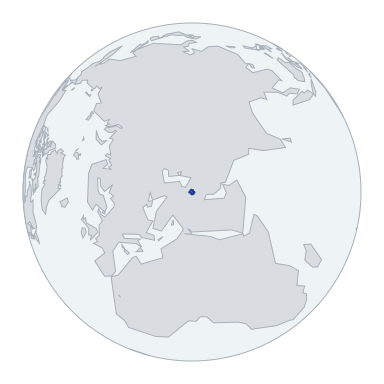 the Earth from above Hamadan, rotated 296°
{"feature_id": "IRN-3233", "entity_name": "Hamadan", "entity_type": "Province", "adm_level": 1, "iso_a3": "IRN", "parent_name": "Iran", "parent_adm1": "", "projection": "orthographic", "projection_center": [48.6, 34.872], "detail": "fine", "context": "on_globe", "style": "filled", "palette": "blue", "viewbox_px": 384, "rotation_deg": 296, "n_neighbors": 0, "source": "natural_earth", "source_scale": "10m", "svg_char_len": 11467}
<svg xmlns="http://www.w3.org/2000/svg" viewBox="0 0 384 384"><g transform="rotate(296 192 192)"><circle cx="192" cy="192" r="169" fill="#eef3f6" stroke="#a8b0b8"/><path d="M191.4,23.0L196.2,23.3L214.3,25.6L222.1,26.5L218.7,26.6L234.9,29.0L246.1,32.3L232.2,28.6L229.7,28.3L236.7,30.3L235.7,30.6L238.4,31.9L236.6,32.2L228.6,30.4L227.3,30.7L232.3,32.2L233.6,33.8L226.5,31.5L228.1,34.1L215.0,32.7L197.4,28.0L188.8,29.1L167.1,29.7L167.7,30.6L159.9,32.0L157.7,33.6L154.3,33.7L155.5,35.0L159.1,34.7L160.8,35.3L159.8,36.4L155.3,36.5L155.1,35.9L153.3,36.6L151.5,36.2L151.8,37.0L146.5,37.3L150.3,38.7L144.8,40.4L141.6,40.2L144.0,37.9L142.4,33.4L139.9,33.3L134.1,34.9L119.0,42.1L115.4,43.2L109.2,46.3L110.2,46.4L115.5,44.2L115.8,45.7L122.2,43.2L123.3,43.7L129.1,42.4L126.0,45.1L119.9,48.6L115.0,49.9L112.2,51.7L115.1,52.7L104.2,58.0L94.1,66.6L91.5,67.9L89.6,65.7L94.0,59.3L91.6,58.2L90.9,61.7L84.5,65.7L82.5,67.7L81.6,69.3L83.1,69.0L80.5,71.2L80.1,68.1L82.5,66.0L82.6,66.9L84.6,64.2L84.3,62.8L81.1,65.4L84.1,62.0L82.1,63.7L91.4,56.3L101.2,49.5L111.4,43.5L122.1,38.2L133.1,33.6L144.4,29.9L155.9,26.9L167.6,24.8L179.5,23.5L191.4,23.0ZM23.5,204.2L24.8,215.5L26.1,223.9L23.5,204.2ZM227.9,27.4L224.1,26.6L228.1,27.4L227.9,27.4ZM239.2,32.0L240.6,32.3L241.4,32.9L239.2,32.0ZM130.4,41.1L129.7,41.7L129.0,41.6L130.4,41.1ZM133.5,40.0L133.1,39.4L134.5,38.9L134.7,39.2L133.5,40.0ZM239.4,34.0L240.3,35.1L238.0,33.6L239.4,34.0ZM133.6,41.0L137.0,38.0L139.5,37.0L142.5,37.8L133.6,41.0ZM239.9,35.6L242.3,38.7L245.6,39.4L237.5,39.7L238.2,36.7L234.8,34.6L238.2,35.7L239.9,35.6ZM160.6,34.2L156.8,34.5L160.8,33.3L160.6,34.2ZM162.8,33.3L172.8,29.4L177.9,29.7L173.5,30.7L180.9,30.6L178.5,32.6L173.9,33.1L171.0,32.5L172.3,33.8L162.8,33.3ZM232.6,39.6L232.0,40.2L231.1,39.2L232.6,39.6ZM161.8,35.4L163.3,34.5L167.9,34.6L165.6,36.5L164.8,35.8L161.8,35.4ZM184.0,29.7L187.0,30.3L185.8,32.1L186.8,32.6L178.8,32.7L184.0,29.7ZM163.3,36.4L164.3,37.5L161.2,38.5L160.5,36.4L163.3,36.4ZM170.0,33.9L172.1,34.1L170.2,34.6L170.0,33.9ZM151.1,43.3L152.8,41.8L155.4,41.7L151.1,43.3ZM164.8,37.9L165.9,37.6L167.1,37.5L167.1,38.5L164.8,37.9ZM178.6,34.0L177.5,34.7L181.8,34.0L181.1,35.5L175.9,35.4L177.9,36.1L177.7,36.6L173.6,36.0L178.6,34.0ZM170.7,39.2L163.8,39.9L159.9,42.4L157.6,42.5L164.2,38.6L170.7,39.2ZM172.8,37.3L170.9,38.5L168.9,37.9L168.9,36.7L172.8,37.3ZM182.5,36.6L184.9,34.4L186.0,34.5L182.5,36.6ZM169.9,40.0L171.6,39.8L169.9,40.2L169.9,40.0ZM179.1,37.7L179.8,36.8L181.0,37.0L179.1,37.7ZM174.4,40.3L172.1,40.5L172.1,39.6L174.4,40.3ZM176.8,39.2L178.3,39.7L173.4,39.2L177.0,38.8L176.8,39.2ZM180.1,38.0L181.0,37.8L179.6,38.4L180.1,38.0ZM175.8,43.6L169.7,43.3L169.5,41.3L175.6,41.8L175.8,43.6ZM46.3,223.0L42.5,194.4L46.8,188.1L49.3,177.4L80.3,156.5L85.0,162.1L107.3,167.5L109.7,170.1L105.0,178.0L120.1,194.7L127.4,189.1L143.1,198.9L154.9,200.7L162.8,184.9L143.5,181.6L142.2,172.8L159.3,168.5L176.5,171.8L176.5,168.6L167.4,160.1L173.1,154.8L164.5,156.7L166.7,160.4L161.3,161.9L159.0,158.7L161.1,156.8L156.4,154.5L147.6,164.7L148.9,169.5L135.5,168.7L136.4,176.9L132.2,179.5L129.1,166.8L130.7,162.8L123.6,147.6L120.7,151.7L127.2,166.4L124.4,164.6L120.5,170.9L121.2,164.7L114.8,148.2L104.0,146.8L87.1,158.2L81.4,156.6L78.0,150.4L87.3,134.8L99.0,140.3L102.4,135.6L102.7,126.1L106.2,128.8L107.8,125.8L112.4,127.6L121.7,123.0L126.8,124.2L133.0,115.8L136.4,115.4L131.8,120.4L131.3,124.8L144.4,128.4L147.7,127.2L150.7,121.6L153.9,123.6L155.1,117.7L163.8,117.4L154.1,113.1L157.3,107.1L164.0,103.6L163.3,101.0L152.4,106.8L149.7,109.9L150.1,113.7L141.1,122.3L136.0,122.6L138.9,111.1L132.0,110.6L137.2,102.5L163.4,90.9L173.0,90.0L183.5,100.7L179.8,104.0L174.2,101.7L177.0,109.3L177.9,106.0L180.6,107.9L184.4,103.2L186.4,104.4L186.5,98.1L189.4,99.0L189.4,102.9L197.4,97.4L204.3,98.3L205.1,96.5L204.1,94.4L213.5,97.3L213.7,95.9L210.6,94.4L209.1,90.8L209.9,85.7L213.1,86.9L213.3,88.9L218.3,95.3L218.2,100.9L219.6,100.9L220.5,96.4L214.3,88.6L213.9,85.2L217.4,88.4L216.1,87.0L216.9,85.7L220.7,85.8L217.1,82.1L221.8,68.1L229.6,67.4L232.2,71.5L238.8,64.6L247.1,65.1L244.3,63.6L245.6,59.9L243.0,59.6L241.8,58.6L243.9,50.0L246.9,49.3L244.6,44.8L243.2,44.1L240.9,44.3L237.5,39.7L245.6,39.4L248.5,40.8L251.6,40.0L257.7,43.6L264.1,46.6L268.9,51.7L273.6,53.9L274.3,53.4L281.2,56.5L293.0,65.3L280.4,60.3L262.1,49.6L269.3,53.9L266.8,53.7L268.8,55.9L274.0,59.1L275.1,59.0L278.7,70.0L289.4,82.2L290.8,78.3L295.3,79.5L308.7,92.2L319.5,117.6L325.6,121.3L328.4,125.4L328.3,130.4L324.3,124.5L321.1,124.7L318.8,120.8L317.4,127.6L314.1,122.4L314.6,130.7L318.3,133.6L320.8,129.2L322.6,139.0L329.7,142.8L334.4,151.2L335.7,172.7L331.1,183.4L331.7,186.6L327.8,185.7L325.8,194.3L335.4,205.7L336.2,210.4L331.4,223.9L330.7,220.7L320.6,218.4L320.9,230.2L328.7,234.7L331.4,243.4L326.4,243.7L323.4,236.2L319.7,235.1L319.2,225.2L313.2,212.8L308.0,218.7L306.9,212.7L297.9,203.7L289.6,211.7L277.4,233.1L278.2,248.3L273.0,256.5L260.5,238.0L256.1,223.7L250.8,226.4L238.6,215.6L215.3,217.8L212.6,213.9L208.1,216.2L199.6,212.5L195.9,205.9L190.4,206.4L200.6,223.7L206.5,223.1L212.4,216.1L214.1,222.3L222.4,227.0L210.8,242.6L177.3,255.6L175.2,244.0L156.0,209.5L157.3,205.9L157.2,205.4L157.1,204.6L154.1,210.5L151.2,203.5L160.1,227.8L161.1,237.6L176.8,256.2L175.0,257.9L180.4,261.6L199.2,257.5L199.1,261.3L189.5,278.1L164.5,298.3L168.5,311.8L168.0,322.2L154.0,327.2L156.9,334.5L150.0,335.8L150.7,339.4L146.0,342.1L137.6,343.3L121.6,338.9L119.3,335.7L109.2,326.9L94.7,305.7L97.3,298.3L95.3,290.5L83.9,268.9L86.3,259.7L83.5,254.1L77.7,252.5L74.8,245.6L71.4,243.7L51.4,234.5L46.3,223.0ZM67.5,170.9L66.1,173.9L67.5,170.9ZM193.4,184.0L204.5,184.8L201.6,174.1L205.6,173.7L203.2,170.4L201.4,173.4L195.7,164.3L201.2,161.3L201.0,156.7L197.2,156.3L188.0,163.4L196.0,176.1L192.6,180.4L193.4,184.0ZM84.5,65.9L84.5,66.2L83.0,68.1L82.7,67.8L84.5,65.9ZM82.7,74.4L78.4,77.8L81.2,75.0L80.0,74.8L84.3,69.1L90.5,68.3L86.9,69.6L82.7,74.4ZM91.8,61.8L88.3,65.2L91.9,61.6L91.8,61.8ZM111.8,109.0L112.5,111.8L109.4,114.6L102.9,114.2L107.3,110.0L111.8,109.0ZM114.2,115.2L118.8,104.6L123.1,104.9L119.9,106.4L122.2,107.7L117.8,110.6L117.3,121.6L114.5,124.9L104.0,121.6L109.0,120.7L108.0,117.9L114.2,115.2ZM123.2,81.0L125.3,77.5L131.8,82.4L129.1,85.2L122.5,84.6L121.7,81.0L123.2,81.0ZM138.2,43.4L138.5,42.4L139.8,42.3L140.5,43.0L138.2,43.4ZM151.7,42.6L137.8,47.6L137.6,46.7L129.8,51.3L126.0,50.7L131.2,47.7L122.5,51.0L125.6,48.0L119.8,50.6L131.7,43.9L134.2,41.8L132.8,44.3L136.2,44.8L138.4,44.3L146.6,41.6L153.6,37.6L158.0,37.8L159.4,39.0L158.3,40.0L155.8,39.5L156.3,41.2L151.8,41.3L151.7,42.6ZM172.0,58.8L169.4,56.8L169.7,62.1L165.2,61.4L165.5,62.1L161.4,63.0L157.0,65.4L155.2,64.7L154.2,66.0L151.5,66.8L149.6,68.4L145.8,67.7L143.2,69.7L142.9,68.3L139.3,72.0L140.2,69.0L136.8,70.0L137.7,72.4L121.8,67.0L114.5,67.7L107.8,70.2L110.3,65.3L118.1,60.2L128.1,56.1L134.8,56.3L134.7,54.3L137.9,54.0L136.6,55.7L140.5,52.8L142.8,53.1L151.6,50.6L155.8,46.9L159.1,46.1L158.6,47.7L162.3,45.8L163.7,48.4L166.1,48.0L169.8,50.4L167.5,54.1L170.4,53.4L173.4,55.4L172.0,58.8ZM176.7,44.3L175.0,48.4L171.7,50.2L166.5,45.4L164.1,45.4L160.7,42.8L165.6,40.4L166.1,41.3L167.8,41.7L165.6,42.3L168.6,42.1L169.4,43.4L172.0,43.7L170.7,44.9L176.7,44.3ZM113.8,167.9L115.9,169.0L119.6,169.8L117.2,174.0L113.8,167.9ZM109.2,156.7L111.3,156.8L109.7,162.7L107.5,161.7L109.2,156.7ZM113.9,152.2L111.6,156.4L111.5,153.5L113.9,152.2ZM133.9,120.4L136.3,120.4L136.0,121.8L134.1,123.5L133.9,120.4ZM171.9,75.8L170.9,74.1L172.0,73.6L173.3,69.3L176.7,69.7L177.3,72.4L171.9,75.8ZM158.7,187.3L154.5,189.9L153.1,188.1L154.8,187.6L158.7,187.3ZM134.2,182.3L139.2,185.6L133.5,183.4L134.2,182.3ZM175.8,75.6L176.0,73.7L177.6,75.1L175.8,75.6ZM179.3,69.8L181.5,71.0L177.3,69.2L179.3,69.8ZM230.8,355.9L232.4,355.8L229.6,356.4L230.8,355.9ZM197.3,321.6L188.0,338.0L179.8,337.8L177.4,333.2L180.2,323.2L189.4,320.4L193.7,315.4L197.3,321.6ZM348.9,247.0L350.4,245.1L350.2,245.8L348.9,247.0ZM347.5,247.4L349.5,244.8L346.9,249.3L347.5,247.4ZM350.2,243.8L352.2,239.7L353.0,237.4L352.7,238.9L350.2,243.8ZM346.0,249.4L336.5,259.1L332.3,261.1L333.7,257.9L340.5,252.4L346.0,249.4ZM333.3,258.2L326.4,257.1L314.4,244.7L318.8,242.6L330.8,246.8L330.1,249.4L334.3,251.2L333.3,258.2ZM348.6,231.8L347.8,238.5L342.9,243.5L340.5,244.9L338.8,238.8L339.8,233.9L341.9,232.0L348.1,210.4L350.6,210.9L349.2,219.2L351.1,222.2L348.6,231.8ZM279.1,249.5L283.5,256.8L280.4,259.3L279.1,249.5ZM349.1,197.4L347.6,206.7L348.5,195.6L349.1,197.4ZM348.8,187.9L349.6,190.8L348.0,189.2L348.8,187.9ZM333.0,190.9L330.8,193.7L330.1,191.6L332.4,186.7L333.0,190.9ZM338.0,158.5L340.6,165.0L341.1,167.6L338.9,164.7L338.0,158.5ZM205.5,79.0L199.8,84.3L198.1,88.9L200.7,92.7L194.6,89.9L197.3,82.7L205.5,79.0ZM219.4,69.2L217.1,66.4L219.7,66.4L220.5,67.1L219.4,69.2ZM216.9,68.4L211.2,67.3L210.9,65.0L215.5,66.2L216.9,68.4ZM193.4,70.8L191.5,72.2L190.2,71.0L193.4,70.8ZM326.0,295.0L329.2,290.0L330.0,289.1L333.7,282.5L343.5,266.4L351.6,247.0L352.7,244.2L347.7,257.7L341.5,270.7L334.2,283.2L326.0,295.0ZM352.5,241.5L355.1,233.3L355.9,230.9L352.5,241.5ZM360.1,208.9L359.7,211.4L359.6,209.9L360.2,205.6L359.3,207.8L360.4,201.7L360.4,205.4L360.8,198.3L360.1,208.9ZM359.4,214.8L359.5,214.3L359.5,214.1L359.4,214.8ZM357.3,219.0L357.1,220.8L356.6,220.7L357.3,219.0ZM357.9,216.4L359.0,214.4L357.7,218.1L357.9,216.4ZM352.3,221.9L352.9,224.7L355.0,218.9L353.4,225.0L354.3,228.9L353.7,232.1L352.9,227.6L351.8,235.3L350.8,236.7L350.7,231.5L352.0,222.7L352.9,218.2L356.3,210.9L352.3,221.9ZM358.1,211.8L357.7,208.3L357.9,204.6L358.4,205.9L358.1,211.8ZM355.7,200.5L353.7,197.9L352.6,202.2L354.1,190.2L355.9,194.7L355.7,200.5ZM352.9,191.3L351.9,195.2L352.4,188.8L352.9,191.3ZM351.2,194.0L350.3,190.6L351.5,189.4L351.2,194.0ZM353.5,190.3L352.5,183.7L353.7,186.5L353.5,190.3ZM347.9,183.2L351.7,185.6L348.0,187.7L344.5,176.1L345.8,173.9L347.9,183.2ZM333.5,125.0L331.3,122.3L331.5,119.7L333.0,122.3L333.5,125.0ZM330.1,109.9L330.8,118.2L331.0,125.3L332.5,125.5L335.4,131.9L331.4,128.8L328.9,119.8L329.3,115.5L326.3,110.5L324.7,105.2L320.3,100.2L318.6,96.9L322.8,100.1L330.1,109.9ZM318.4,98.3L310.1,89.1L311.9,87.0L314.1,88.5L317.2,93.5L316.0,94.3L318.4,98.3ZM308.6,86.3L307.5,87.1L292.8,77.8L290.2,75.4L302.3,80.7L301.8,81.9L305.1,84.7L308.6,86.3ZM233.9,40.7L232.2,40.3L233.6,40.1L233.9,40.7ZM240.3,58.6L238.9,57.2L240.6,56.9L240.3,58.6ZM235.8,53.4L234.9,54.8L234.5,52.8L235.8,53.4ZM233.0,58.0L233.9,55.0L235.0,58.6L233.0,58.0Z" fill="#d9dde1" stroke="#a8b0b8" stroke-width="1"/><path d="M194.0,190.3L194.0,190.5L194.0,190.8L193.9,190.8L193.9,190.7L193.7,190.7L193.8,190.9L193.9,191.0L193.8,191.3L193.7,191.4L193.6,191.5L194.0,191.6L194.2,191.8L194.3,192.0L194.3,192.3L194.2,192.4L194.0,192.2L194.0,191.9L193.7,191.9L193.3,191.9L193.2,192.0L193.3,192.2L193.2,192.3L193.2,192.6L193.2,192.8L192.8,192.7L192.7,192.8L192.8,192.8L192.9,193.1L192.9,193.4L193.1,193.7L193.1,193.9L193.2,194.1L193.2,194.3L192.9,194.6L192.2,194.3L191.9,194.3L191.8,194.5L191.7,194.5L191.1,194.4L190.0,193.7L189.9,193.6L189.8,193.4L190.2,193.3L190.4,193.4L190.5,193.3L190.5,193.2L190.5,192.8L190.4,192.8L190.1,193.0L190.0,192.8L189.9,192.8L189.7,192.7L189.6,192.4L189.9,192.4L190.0,192.2L190.2,191.9L190.3,191.7L190.5,191.6L190.7,191.8L190.8,191.7L190.9,191.3L190.9,191.1L190.7,190.9L190.5,190.7L190.2,190.1L190.1,189.9L190.2,189.7L190.3,189.7L190.4,189.9L190.5,189.9L190.8,189.8L190.8,189.7L190.7,189.5L190.7,189.4L190.8,189.4L191.1,189.6L191.3,189.8L191.8,189.8L192.0,189.9L192.2,190.0L192.4,189.9L192.5,189.8L192.5,189.7L192.9,189.7L193.1,189.8L193.1,190.0L193.5,190.2L194.0,190.3L194.0,190.3Z" fill="#3b82f6" stroke="#1e3a8a" stroke-width="1.5"/></g></svg>